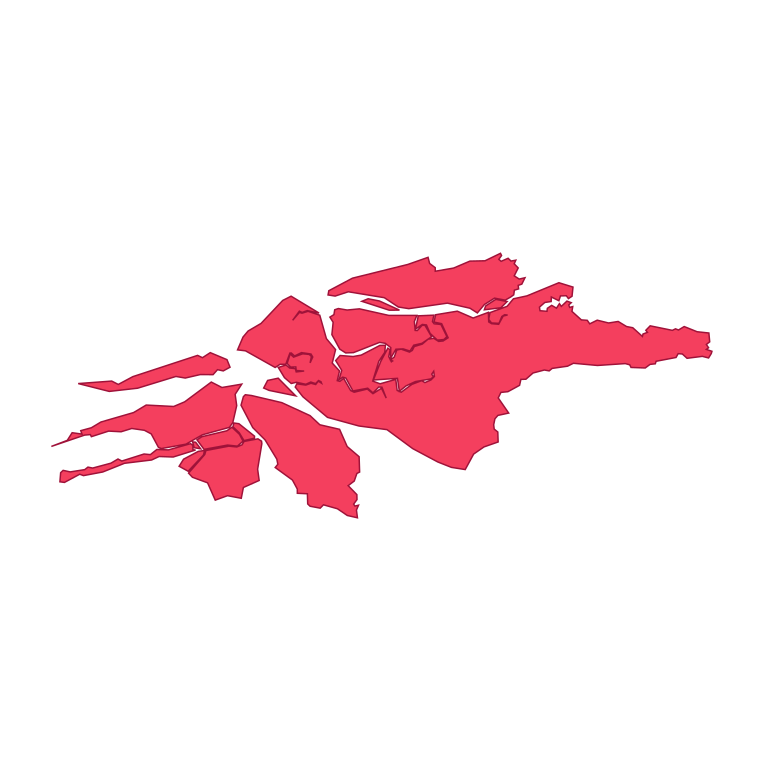 the district of Sittwe, Rakhine, Myanmar, rotated 99°
{"feature_id": "60261553B78069071602625", "entity_name": "Sittwe", "entity_type": "district", "adm_level": 2, "iso_a3": "MMR", "parent_name": "Myanmar", "parent_adm1": "Rakhine", "projection": "robinson", "projection_center": [92.892, 20.402], "detail": "fine", "context": "isolated", "style": "filled", "palette": "rose", "viewbox_px": 768, "rotation_deg": 99, "n_neighbors": 0, "source": "geoboundaries", "source_scale": "gbopen_adm2", "svg_char_len": 6170}
<svg xmlns="http://www.w3.org/2000/svg" viewBox="0 0 768 768"><g transform="rotate(99 384 384)"><path d="M258.7,212.5L256.6,227.1L274.6,256.6L279.6,269.5L288.0,274.5L296.9,290.5L303.8,290.7L306.9,287.3L306.1,279.9L298.9,278.2L296.7,275.7L296.5,272.7L298.2,276.9L307.1,280.1L307.6,287.2L306.3,290.3L296.9,292.1L304.9,306.3L300.6,323.0L307.5,343.8L315.0,344.3L315.4,336.5L328.3,327.9L332.3,332.4L333.4,336.7L331.1,342.0L332.9,347.6L338.6,352.4L342.3,360.0L346.4,361.3L348.5,363.8L346.9,372.5L348.4,376.7L355.9,378.1L358.9,381.3L359.9,379.1L360.9,380.2L356.2,383.6L349.2,383.3L348.0,385.8L362.1,390.7L381.7,395.1L376.3,371.6L388.8,367.7L382.3,361.8L376.7,353.4L371.7,338.7L369.3,336.3L366.8,338.4L363.7,336.9L368.7,335.4L372.7,338.3L376.2,343.8L374.8,347.3L380.0,356.4L389.4,365.7L388.3,370.0L377.6,373.1L384.4,387.9L382.9,395.6L362.4,392.7L352.6,388.2L345.5,388.7L346.5,394.1L359.0,411.0L361.7,418.8L362.7,431.8L368.4,435.4L377.1,427.9L386.9,429.1L383.7,425.8L384.1,422.6L395.7,413.6L390.7,399.4L394.5,393.5L387.8,388.7L387.5,385.5L397.6,379.6L388.6,385.8L395.3,393.4L391.6,399.7L396.8,412.2L395.7,415.9L384.8,424.7L388.3,428.0L388.0,430.7L378.1,430.0L371.4,438.4L357.6,437.2L348.2,448.0L326.1,458.2L324.1,470.4L326.9,476.1L326.5,478.7L335.4,484.2L325.3,479.0L326.1,476.0L323.5,471.3L324.1,459.2L311.8,489.5L317.3,497.1L343.4,514.9L352.9,526.5L359.7,530.6L373.2,534.0L372.9,526.0L384.7,494.1L380.8,489.7L379.9,484.1L368.2,481.8L367.9,480.4L370.3,476.7L365.9,470.4L365.8,460.8L368.5,458.6L374.7,460.3L368.2,460.0L366.5,462.4L366.9,469.0L371.6,477.5L369.0,481.4L378.9,482.9L381.9,478.8L380.9,473.8L384.4,472.8L383.7,464.9L385.8,472.6L382.7,474.0L383.0,479.7L380.6,483.7L384.2,491.0L393.3,483.3L398.0,475.7L396.0,470.8L396.5,461.2L393.5,456.6L394.3,451.6L390.8,449.2L391.6,446.6L393.0,445.8L391.5,449.4L395.2,451.4L394.7,456.2L397.3,461.1L397.5,470.1L400.9,471.2L409.3,462.1L425.8,434.6L429.4,402.2L428.6,373.9L443.3,345.6L452.6,318.7L455.8,304.4L455.8,290.4L439.2,284.5L430.5,275.4L423.4,262.2L413.6,264.1L411.3,268.1L407.1,269.3L401.0,269.0L397.2,266.6L393.2,256.3L379.9,269.0L374.0,267.2L372.2,260.4L364.1,249.9L358.0,249.5L357.1,244.6L349.8,238.5L345.1,227.8L345.2,222.9L342.3,220.4L337.7,205.5L333.9,200.2L332.3,176.1L326.1,148.9L326.6,144.3L329.0,142.6L327.3,128.5L323.0,124.3L321.6,119.2L319.0,118.8L312.1,99.7L308.0,98.2L307.7,94.0L311.2,88.7L306.9,73.9L307.5,67.5L302.7,65.5L300.4,65.2L299.4,71.0L297.4,69.1L294.5,71.8L291.4,68.9L282.8,71.1L283.4,82.9L280.3,96.5L284.6,101.6L283.9,104.7L285.9,107.6L284.9,130.2L290.0,133.8L291.8,131.9L294.1,136.0L296.6,136.2L289.5,147.1L289.3,153.4L285.6,162.5L288.6,171.7L287.6,183.4L292.4,190.2L289.3,193.2L289.8,199.1L282.9,209.7L278.0,209.7L279.3,212.6L277.0,213.9L274.4,211.8L273.5,216.3L279.6,221.0L277.2,223.3L282.1,225.5L280.1,230.7L283.7,234.5L286.7,234.4L287.2,241.4L283.8,242.5L278.3,237.9L276.4,231.8L271.9,232.3L274.4,224.3L269.4,223.5L268.3,217.7L270.8,215.2L267.9,212.0L258.7,212.5ZM474.8,394.3L459.7,397.2L451.5,410.6L435.7,420.8L434.3,441.0L426.8,452.1L418.4,482.0L416.1,513.0L416.3,519.3L418.5,520.9L427.3,521.9L447.6,506.8L457.8,492.7L475.0,478.1L479.9,476.3L483.5,478.4L493.2,459.4L501.3,453.2L505.5,452.5L504.4,442.5L514.4,440.6L516.3,437.9L516.6,427.6L512.8,424.9L514.5,410.5L519.6,399.7L520.3,389.3L512.8,391.5L507.7,390.2L509.1,393.6L507.4,395.2L502.4,392.6L497.5,393.5L490.0,403.5L484.5,398.2L476.6,396.8L474.8,394.3ZM258.6,333.4L264.6,351.0L261.1,351.6L257.8,357.8L252.0,360.3L262.2,379.2L284.4,431.7L300.5,453.1L304.8,453.2L304.8,446.0L298.5,433.7L298.7,397.2L305.7,381.9L305.7,371.3L294.2,334.0L295.7,311.0L299.2,302.9L289.8,297.3L281.9,288.3L282.2,277.4L278.2,272.4L275.6,269.8L270.9,269.9L269.0,265.9L265.6,266.9L263.8,263.5L257.0,261.4L259.2,266.9L256.8,272.3L248.4,269.6L244.9,274.2L241.1,273.2L242.7,277.8L240.4,281.1L244.5,287.5L242.9,290.1L238.7,288.0L236.7,289.4L246.5,303.5L249.2,318.4L258.6,333.4ZM417.5,529.4L406.4,524.5L412.8,543.5L409.1,554.9L432.8,578.1L439.1,588.2L442.0,615.6L451.4,626.9L465.8,657.6L473.0,666.2L477.5,676.2L480.7,674.5L480.9,684.4L489.2,688.0L497.7,702.8L481.3,671.7L479.9,666.1L481.8,664.8L473.6,648.6L472.3,636.2L467.4,626.2L467.2,613.4L469.7,606.1L481.8,596.9L482.6,593.8L474.4,570.2L462.6,555.5L451.0,529.9L445.7,527.3L428.4,526.1L417.5,529.4ZM347.4,363.5L341.0,360.7L337.9,352.9L329.9,344.4L319.6,352.8L320.1,355.5L326.0,359.5L326.2,361.6L317.5,363.8L311.1,362.3L315.5,390.0L313.6,420.0L316.7,432.0L316.6,440.9L318.4,444.3L323.3,444.3L326.4,447.9L331.0,443.9L343.4,443.2L356.5,433.1L359.3,426.7L357.8,419.1L343.6,394.9L343.6,389.2L347.0,383.0L357.6,381.5L347.8,377.7L346.3,370.6L347.4,363.5ZM508.2,506.7L498.8,492.2L487.9,495.5L462.1,495.3L459.6,496.0L457.9,499.9L462.6,513.2L466.3,514.7L469.2,519.5L469.7,527.6L477.6,549.5L481.7,550.0L502.6,563.1L506.1,558.6L509.2,542.8L525.1,532.5L518.8,521.1L519.2,507.1L508.2,506.7ZM391.5,538.7L384.5,542.9L380.2,560.5L386.4,567.4L384.9,572.6L416.0,633.2L426.0,646.4L423.7,653.4L431.4,686.1L434.3,654.2L426.7,626.7L409.1,590.7L409.2,581.2L403.4,566.9L401.5,554.3L395.9,550.7L396.2,544.8L391.5,538.7ZM489.1,580.8L478.7,559.8L478.8,562.5L474.5,563.2L473.2,565.7L482.8,586.6L484.2,598.1L490.3,603.7L490.7,610.1L501.1,630.9L499.7,635.0L504.9,641.3L512.6,658.6L512.4,663.4L515.4,666.2L519.9,680.2L519.5,687.4L522.2,689.5L531.3,688.8L531.2,684.2L520.7,670.4L521.5,666.5L514.9,648.0L502.9,627.9L495.4,601.6L490.8,594.8L489.1,580.8ZM468.4,560.0L476.7,551.5L468.8,529.0L468.3,519.1L462.5,514.3L456.3,518.9L450.5,527.4L454.8,531.9L464.5,555.5L468.4,560.0ZM326.8,346.4L332.3,338.2L330.7,331.8L327.4,329.3L316.3,337.1L316.7,343.9L314.8,345.9L308.2,345.5L311.3,360.8L324.9,361.5L319.2,355.5L319.0,351.3L326.8,346.4ZM406.8,502.2L408.3,496.5L409.5,469.4L394.8,489.4L398.7,499.5L406.8,502.2ZM497.3,573.5L500.8,563.8L482.4,551.2L477.7,550.8L479.6,556.9L489.6,570.2L497.3,573.5ZM305.8,418.8L310.3,390.4L308.6,380.3L302.7,401.5L302.3,413.0L305.8,418.8ZM449.9,526.5L454.7,519.4L461.8,513.4L457.8,503.5L455.8,503.7L445.9,521.1L446.0,526.1L449.9,526.5ZM295.0,296.5L290.4,280.5L283.3,275.3L282.9,286.8L291.0,295.8L295.0,296.5ZM471.1,564.0L476.6,561.5L476.7,554.9L471.0,560.9L471.1,564.0Z" fill="#f43f5e" stroke="#9f1239" stroke-width="1.5"/></g></svg>